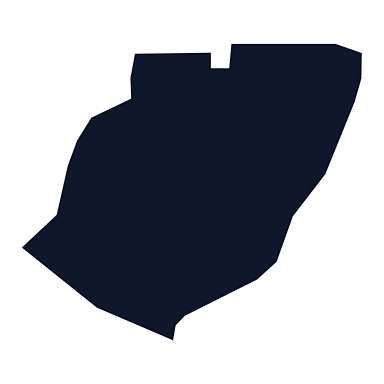 the border of Manafwa
{"feature_id": "UGA-3116", "entity_name": "Manafwa", "entity_type": "District", "adm_level": 1, "iso_a3": "UGA", "parent_name": "Uganda", "parent_adm1": "", "projection": "orthographic", "projection_center": [34.325, 0.877], "detail": "fine", "context": "isolated", "style": "filled", "palette": "ink", "viewbox_px": 384, "rotation_deg": 0, "n_neighbors": 0, "source": "natural_earth", "source_scale": "10m", "svg_char_len": 427}
<svg xmlns="http://www.w3.org/2000/svg" viewBox="0 0 384 384"><path d="M361.0,53.6L360.6,78.3L354.0,101.4L324.7,173.7L292.2,215.9L276.0,261.3L256.6,278.9L184.3,315.2L174.9,325.1L172.5,339.3L172.0,339.0L97.3,307.0L23.0,247.5L57.4,215.3L68.6,165.7L77.8,140.9L91.9,118.3L132.0,99.1L131.2,78.2L135.6,54.5L210.1,53.5L210.1,69.0L229.9,69.0L232.1,44.7L335.5,44.7L361.0,53.6Z" fill="#0f172a" stroke="#020617" stroke-width="1.5"/></svg>